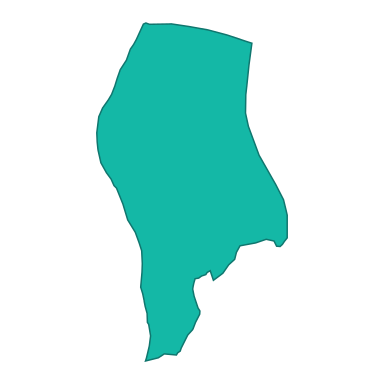 outline of Omala, Kogi, Nigeria
{"feature_id": "59680162B69944768623609", "entity_name": "Omala", "entity_type": "district", "adm_level": 2, "iso_a3": "NGA", "parent_name": "Nigeria", "parent_adm1": "Kogi", "projection": "equal_earth", "projection_center": [7.533, 7.781], "detail": "fine", "context": "isolated", "style": "filled", "palette": "teal", "viewbox_px": 384, "rotation_deg": 0, "n_neighbors": 0, "source": "geoboundaries", "source_scale": "gbopen_adm2", "svg_char_len": 1374}
<svg xmlns="http://www.w3.org/2000/svg" viewBox="0 0 384 384"><path d="M145.5,361.0L158.3,357.8L164.3,353.9L176.4,355.0L177.7,352.8L180.2,351.1L181.2,348.1L184.4,341.7L187.6,335.3L188.1,334.6L192.5,329.8L193.1,328.7L195.5,322.4L197.5,318.5L199.7,314.2L199.9,311.0L198.0,307.9L194.1,296.2L192.7,289.1L193.1,286.5L193.9,282.8L195.1,278.7L198.7,278.1L201.6,276.0L205.8,274.6L207.1,272.5L210.2,270.7L213.4,280.3L220.4,275.1L222.9,273.2L228.7,264.8L234.7,259.3L236.4,252.4L240.0,245.8L255.7,242.9L266.2,239.3L274.0,241.0L276.6,246.2L280.1,246.5L282.4,244.4L284.4,241.4L287.2,237.9L287.2,215.2L286.1,210.4L283.5,199.7L275.8,184.7L259.5,156.0L259.2,155.6L248.4,126.4L245.5,113.1L245.8,94.7L246.8,85.9L249.0,64.7L249.8,58.8L251.7,44.6L251.9,43.2L250.9,42.9L246.5,41.5L227.4,35.1L207.9,29.9L188.8,26.5L171.3,23.9L168.9,24.0L149.4,24.3L145.9,23.0L143.4,24.1L136.4,39.4L133.6,44.5L130.4,49.1L126.4,60.2L120.3,69.6L117.2,78.4L114.9,85.9L111.6,94.4L108.4,99.8L102.6,108.0L98.8,116.7L96.8,132.8L97.2,142.1L97.9,148.9L98.1,150.3L100.9,162.8L106.4,172.7L111.1,179.1L114.0,185.6L116.5,188.1L122.9,204.0L127.7,219.9L135.3,232.3L139.2,243.0L141.7,250.8L142.3,263.6L142.0,272.2L140.7,287.2L142.7,293.7L144.2,300.9L144.2,301.4L145.2,306.5L147.1,313.4L147.4,322.4L148.7,324.4L150.6,335.9L149.3,346.0L147.7,352.8L146.4,358.2L145.5,361.0Z" fill="#14b8a6" stroke="#0f766e" stroke-width="1.5"/></svg>